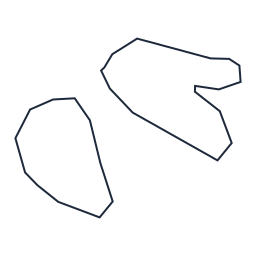 the border of Kökar
{"feature_id": "ALD-4824", "entity_name": "Kökar", "entity_type": "state/province", "adm_level": 1, "iso_a3": "ALA", "parent_name": "Aland", "parent_adm1": "", "projection": "albers", "projection_center": [20.932, 59.931], "detail": "fine", "context": "isolated", "style": "outline", "palette": "slate", "viewbox_px": 256, "rotation_deg": 0, "n_neighbors": 0, "source": "natural_earth", "source_scale": "10m", "svg_char_len": 451}
<svg xmlns="http://www.w3.org/2000/svg" viewBox="0 0 256 256"><path d="M218.8,89.4L195.1,85.9L194.9,91.7L219.8,111.2L231.7,143.0L217.5,160.4L132.7,112.6L109.8,88.5L101.1,70.5L104.4,67.4L112.3,54.2L137.1,38.6L210.6,58.4L229.2,58.9L239.4,65.6L240.6,81.9L218.8,89.4ZM37.4,185.2L25.1,172.5L15.4,138.2L30.1,109.5L53.0,99.5L74.7,98.3L89.9,120.3L100.4,163.2L112.7,201.5L99.6,217.4L58.3,201.9L37.4,185.2Z" fill="none" stroke="#1e293b" stroke-width="2"/></svg>